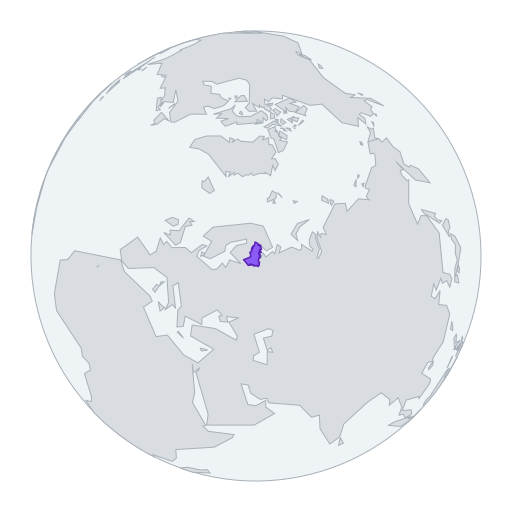 globe centered on Karelia, rotated 28°
{"feature_id": "RUS-2353", "entity_name": "Karelia", "entity_type": "Republic", "adm_level": 1, "iso_a3": "RUS", "parent_name": "Russia", "parent_adm1": "", "projection": "orthographic", "projection_center": [34.102, 63.665], "detail": "fine", "context": "on_globe", "style": "filled", "palette": "violet", "viewbox_px": 512, "rotation_deg": 28, "n_neighbors": 0, "source": "natural_earth", "source_scale": "10m", "svg_char_len": 14914}
<svg xmlns="http://www.w3.org/2000/svg" viewBox="0 0 512 512"><g transform="rotate(28 256 256)"><circle cx="256" cy="256" r="225" fill="#eef3f6" stroke="#a8b0b8"/><path d="M119.8,76.6L122.8,74.4L157.0,56.4L132.9,67.4L142.4,61.7L153.8,56.1L151.9,57.4L165.6,52.9L176.8,49.0L193.0,48.1L201.7,56.0L195.3,56.6L198.1,58.7L206.3,58.3L210.9,57.6L231.6,66.8L258.3,70.5L267.7,67.2L264.9,71.7L283.3,62.9L298.4,63.5L280.8,65.7L278.5,68.1L288.4,69.8L288.2,72.7L292.9,75.3L291.8,78.8L281.6,80.1L280.6,82.5L287.7,83.5L291.1,87.9L280.8,86.0L285.6,93.5L269.3,97.9L242.8,91.0L233.0,97.6L203.8,101.7L205.8,104.8L196.0,108.8L194.6,113.8L189.6,113.5L192.9,117.9L197.7,117.3L200.8,119.1L200.4,122.2L193.9,122.1L193.2,120.6L191.1,122.2L188.0,120.9L189.3,123.3L181.5,123.0L188.6,127.8L181.9,131.5L176.9,130.1L178.3,124.3L170.1,107.8L165.4,105.1L157.5,107.0L140.7,122.7L135.2,122.5L127.1,126.6L129.7,129.3L136.9,127.1L139.7,133.4L148.3,130.3L150.7,132.5L159.1,132.0L156.8,138.6L150.1,145.4L143.0,146.3L139.8,149.4L145.8,154.1L131.8,161.3L121.3,176.2L117.8,177.6L112.3,169.9L114.3,155.6L107.2,146.9L110.8,159.3L101.9,163.0L100.0,166.6L99.9,170.5L102.9,171.8L99.6,174.6L94.9,163.1L97.8,160.3L99.3,163.9L100.1,157.4L96.9,150.2L92.7,152.9L92.3,140.1L89.2,142.0L87.5,140.5L92.3,138.2L83.6,142.2L82.4,129.9L70.5,137.7L83.3,124.5L88.6,117.0L93.9,108.9L92.0,110.0L101.7,98.6L106.1,91.3L101.2,93.0L92.7,100.9L82.5,112.7L82.4,113.7L76.7,122.1L74.3,122.8L63.3,139.7L61.7,142.0L71.2,127.2L81.8,113.1L93.5,100.0L106.2,87.8L119.8,76.6ZM47.5,170.7L47.0,172.3L44.4,180.6L41.9,186.0L42.4,187.0L39.6,195.4L35.9,216.7L35.5,216.3L32.0,241.2L32.0,264.8L32.0,273.8L31.6,273.9L32.5,282.0L32.6,283.9L39.6,316.3L46.2,336.4L48.0,342.3L47.6,341.5L42.0,326.5L37.6,311.2L34.2,295.7L32.0,279.9L30.9,264.1L30.9,248.1L32.0,232.3L34.2,216.5L37.6,200.9L42.0,185.7L47.5,170.7ZM67.8,139.1L55.4,162.0L59.3,151.4L59.1,152.8L62.9,146.4L69.0,136.1L73.3,127.7L67.8,139.1ZM69.1,143.9L71.0,140.3L69.6,143.5L69.1,143.9ZM213.1,56.8L206.4,58.0L199.2,57.5L204.7,56.1L213.1,56.8ZM226.9,59.1L223.7,60.3L220.9,57.3L223.6,57.5L226.9,59.1ZM274.5,64.4L269.1,64.1L274.4,63.4L274.5,64.4ZM293.8,75.0L295.4,74.3L297.1,76.0L293.8,75.0ZM159.8,128.5L159.4,130.2L158.0,129.4L159.8,128.5ZM163.8,126.7L162.4,124.6L164.1,123.4L164.9,124.8L163.8,126.7ZM297.0,82.9L299.4,86.1L295.2,83.1L297.0,82.9ZM165.0,129.7L167.3,121.7L170.3,119.8L175.8,123.4L165.0,129.7ZM299.6,88.0L305.4,95.9L309.4,94.7L301.3,102.7L299.1,93.2L293.3,89.6L298.0,90.1L299.6,88.0ZM199.4,115.8L194.2,116.6L198.9,113.2L199.4,115.8ZM201.7,113.2L211.6,100.7L219.1,101.3L214.2,105.3L224.2,104.0L223.0,110.4L217.2,112.6L212.6,110.9L215.7,114.7L201.7,113.2ZM295.9,106.0L295.8,108.2L294.0,106.2L295.9,106.0ZM202.4,119.6L203.7,116.9L210.3,117.2L208.8,122.6L207.1,120.8L202.4,119.6ZM227.4,100.7L232.1,102.0L232.3,107.5L234.2,108.8L223.6,110.7L227.4,100.7ZM205.5,122.3L207.9,125.4L204.4,128.1L201.5,122.3L205.5,122.3ZM212.6,115.1L215.7,115.5L213.5,117.0L212.6,115.1ZM193.6,139.8L195.1,136.4L198.6,136.2L193.6,139.8ZM209.0,126.4L210.2,125.5L211.7,125.1L212.6,127.7L209.0,126.4ZM224.5,114.5L223.7,116.6L228.9,114.0L229.3,118.2L222.1,118.7L225.4,120.2L225.5,121.5L219.5,120.6L224.5,114.5ZM218.1,129.2L209.2,131.7L205.7,137.9L202.4,138.2L208.6,128.1L218.1,129.2ZM219.5,124.2L217.9,127.3L214.6,126.0L213.7,123.0L219.5,124.2ZM232.1,120.9L233.3,114.3L234.8,114.4L232.1,120.9ZM217.8,131.3L219.9,130.7L217.9,131.9L217.8,131.3ZM228.4,124.3L228.6,121.9L230.4,122.1L228.4,124.3ZM224.1,131.5L221.2,132.2L220.4,130.2L224.1,131.5ZM226.6,128.4L228.9,129.3L221.9,129.0L226.4,127.3L226.6,128.4ZM230.0,124.9L231.1,124.2L229.7,125.8L230.0,124.9ZM228.5,139.0L219.9,139.2L218.3,134.6L226.9,135.0L228.5,139.0ZM187.3,470.6L173.5,463.4L179.0,461.8L176.7,457.4L159.7,440.4L163.4,434.4L159.0,429.1L149.8,426.0L144.8,419.3L139.3,416.4L105.5,397.8L95.6,383.8L85.0,351.5L91.4,347.6L93.4,336.5L138.4,323.0L147.0,331.5L181.5,341.3L185.6,344.6L180.6,354.0L205.6,374.1L214.8,367.4L238.5,377.3L254.9,377.7L262.5,358.2L235.7,357.3L232.0,346.9L254.3,339.1L277.9,339.6L277.2,335.6L263.1,327.0L269.4,319.1L258.3,323.3L262.2,327.6L255.4,330.5L251.4,326.8L253.8,324.0L246.9,321.9L237.4,336.1L240.3,342.0L221.8,342.4L224.8,352.3L219.5,355.8L212.4,340.5L213.7,335.3L199.8,316.0L196.7,321.4L209.6,340.1L205.2,337.9L201.1,345.8L200.7,338.1L187.4,316.7L171.2,314.2L149.2,326.9L140.0,323.5L133.1,314.2L142.6,294.9L162.0,304.8L165.6,298.5L163.0,285.0L169.1,289.3L170.4,285.1L177.8,288.1L189.6,281.7L197.3,283.5L203.2,271.0L208.0,270.3L203.1,277.8L203.9,284.2L223.3,288.5L227.4,286.3L229.7,278.0L234.7,280.4L234.5,271.8L246.2,269.9L231.6,265.1L233.9,255.7L241.7,249.3L239.8,245.5L227.1,255.9L224.4,260.9L226.3,266.5L216.7,280.0L209.8,280.8L209.9,263.8L200.1,263.2L204.5,250.7L236.0,229.5L248.5,226.2L266.5,240.5L262.8,246.6L254.6,244.3L261.0,255.2L261.1,250.1L265.3,252.2L268.5,244.2L271.6,245.3L269.4,235.8L273.6,236.3L274.9,242.4L283.3,231.4L292.3,230.4L292.7,227.4L290.6,224.4L303.5,225.4L303.2,223.2L298.9,222.0L295.4,216.8L294.5,208.2L299.0,209.0L300.0,212.2L308.8,220.4L310.7,229.1L312.4,228.6L311.9,221.2L301.1,211.2L299.2,205.8L304.9,209.7L302.7,207.8L303.2,205.4L307.9,203.9L301.9,199.3L301.2,172.9L310.2,167.6L315.4,173.8L319.7,157.3L329.6,153.3L325.5,152.1L324.8,143.8L321.7,144.9L319.7,143.7L316.6,123.7L319.3,119.9L313.4,110.6L311.3,110.1L308.9,112.3L301.3,102.7L309.4,94.7L313.7,96.3L315.9,90.5L325.4,95.1L334.2,96.4L343.3,105.2L349.5,105.7L349.7,103.4L358.2,102.7L375.3,109.7L360.9,114.1L335.1,107.0L345.6,110.6L343.1,112.9L346.7,116.2L354.1,118.6L355.1,117.0L366.2,138.0L383.7,152.1L382.8,142.8L387.7,140.3L406.9,149.7L428.9,182.8L435.6,181.1L439.7,184.2L441.7,192.6L436.0,188.2L433.3,192.6L429.7,189.0L431.1,201.6L426.0,197.1L429.6,209.3L434.1,209.7L434.8,200.1L440.1,213.1L447.5,210.1L454.3,216.2L461.6,243.9L460.1,262.8L461.3,266.0L457.6,269.4L457.4,281.6L467.9,282.8L469.2,286.6L466.7,305.9L465.8,303.6L456.2,312.7L457.7,323.8L465.1,318.9L467.8,322.4L463.6,329.0L460.5,326.4L457.0,329.4L455.6,320.9L448.1,314.4L443.7,325.2L441.7,320.0L430.8,317.9L423.1,332.8L412.4,363.0L414.8,376.6L409.4,387.3L393.6,378.4L386.7,366.7L380.8,372.3L364.6,367.3L336.3,379.6L332.4,376.5L327.0,380.6L315.6,379.6L309.7,373.6L302.8,375.9L318.5,391.0L326.0,388.4L332.4,378.9L335.4,384.7L346.4,386.4L333.7,406.2L291.8,428.5L288.1,418.3L257.8,387.2L258.9,383.0L258.8,382.5L258.5,381.6L255.4,388.5L250.3,381.3L266.1,405.5L268.6,415.1L291.2,429.2L289.0,431.1L296.4,433.1L320.5,424.0L320.5,427.4L309.0,444.3L276.0,464.6L280.6,471.8L278.6,476.6L258.5,479.8L260.9,481.1L250.6,481.2L234.5,480.2L218.5,478.1L202.8,474.9L187.3,470.6ZM122.0,337.6L120.5,340.9L122.0,337.6ZM302.5,349.5L316.8,346.9L310.9,335.1L316.0,333.2L312.1,330.0L310.4,334.3L301.1,325.0L307.5,319.4L306.0,313.7L301.1,314.3L290.9,326.1L304.2,339.3L300.7,345.5L302.5,349.5ZM35.8,217.4L35.1,221.0L35.4,217.5L35.8,217.4ZM58.3,151.6L56.4,155.8L54.9,158.6L56.1,155.7L58.3,151.6ZM46.5,187.1L45.1,192.5L45.8,187.6L46.5,187.1ZM53.8,165.5L47.5,183.0L49.1,174.3L53.3,163.6L51.3,169.9L53.8,165.5ZM66.7,144.1L65.2,147.0L64.6,146.9L66.7,144.1ZM68.1,146.3L68.4,145.3L69.8,143.5L68.1,146.3ZM102.2,163.7L102.5,164.7L101.6,168.8L100.6,167.1L102.2,163.7ZM106.9,186.1L101.6,190.2L104.6,185.9L102.0,184.2L105.2,173.5L116.2,177.7L110.6,177.6L106.9,186.1ZM112.6,160.8L109.3,166.8L112.5,160.1L112.6,160.8ZM170.4,260.2L172.4,264.6L168.9,268.6L159.1,267.1L164.1,261.2L170.4,260.2ZM176.2,269.9L179.1,253.9L185.3,254.5L181.3,256.8L185.1,258.8L179.7,263.1L182.9,279.6L180.0,284.3L163.5,278.5L170.5,277.7L168.0,273.4L176.2,269.9ZM175.4,214.8L176.7,208.6L188.5,217.7L185.9,222.5L176.0,221.1L173.2,214.7L175.4,214.8ZM174.5,138.1L174.2,135.7L176.0,135.6L177.7,137.6L174.5,138.1ZM194.0,138.2L177.4,148.8L176.3,146.5L168.0,155.9L161.7,153.5L167.3,147.5L156.3,152.9L158.9,146.5L151.7,150.9L164.9,137.6L166.7,132.3L167.0,139.1L172.7,141.3L175.7,140.7L185.7,135.2L192.5,125.2L199.2,126.1L202.2,129.4L201.5,131.9L197.4,130.5L199.5,134.9L193.0,134.8L194.0,138.2ZM232.7,171.5L228.1,168.1L231.3,178.3L224.8,177.7L225.6,178.9L220.5,181.2L215.7,186.3L212.9,185.0L212.2,187.5L208.9,189.2L207.0,192.3L201.3,191.3L198.6,195.0L197.5,192.4L194.3,199.2L194.1,193.8L189.7,195.6L192.2,199.9L166.1,188.3L155.3,188.2L146.4,191.2L147.3,181.8L156.2,173.1L168.7,166.5L179.0,168.2L177.5,163.8L182.0,163.4L181.3,167.0L185.1,161.2L188.6,161.9L199.7,156.9L203.0,148.4L207.2,146.5L207.6,150.2L211.5,145.7L215.1,151.4L218.2,150.3L224.9,154.9L224.0,162.9L227.5,161.0L232.7,164.6L232.7,171.5ZM230.2,140.5L230.6,149.8L227.3,154.2L217.0,144.4L213.8,144.7L207.1,138.8L212.1,132.7L213.5,134.9L216.1,135.6L213.5,137.2L217.5,136.5L219.6,139.6L223.3,139.9L222.4,142.8L230.2,140.5ZM191.0,342.0L194.3,343.5L199.6,344.5L197.1,349.6L191.0,342.0ZM181.6,327.6L184.7,327.9L183.8,335.4L180.3,333.9L181.6,327.6ZM187.1,321.9L184.9,327.4L184.1,323.6L187.1,321.9ZM206.1,277.7L209.5,277.6L209.5,279.7L207.3,282.2L206.1,277.7ZM241.0,202.8L238.9,199.8L240.1,198.8L239.8,190.9L244.5,190.9L246.6,195.7L241.0,202.8ZM257.5,361.7L252.4,365.5L250.1,363.6L252.3,362.7L257.5,361.7ZM223.0,358.9L230.5,362.5L222.2,360.3L223.0,358.9ZM246.1,201.4L245.5,198.2L248.3,200.2L246.1,201.4ZM248.0,190.5L251.5,192.2L245.1,190.0L248.0,190.5ZM317.3,469.2L301.9,476.5L291.2,478.5L289.2,478.3L294.8,474.6L307.3,471.1L313.4,467.5L317.3,469.2ZM470.7,324.3L467.8,332.3L469.1,328.5L473.8,313.5L473.8,313.4L470.7,324.3ZM468.8,329.2L463.6,338.7L452.5,343.3L456.6,336.9L467.3,325.7L466.8,328.5L470.0,323.6L468.8,329.2ZM478.5,291.4L475.9,304.1L474.4,309.5L473.4,308.0L474.0,302.8L475.5,297.9L478.0,268.3L479.5,263.8L479.3,274.2L480.4,272.4L479.3,285.1L478.6,290.6L478.5,291.4ZM415.8,377.0L421.1,380.2L417.8,384.5L415.8,377.0ZM476.8,253.0L477.3,265.5L476.2,252.1L476.8,253.0ZM474.8,242.8L475.9,244.6L474.6,245.7L474.8,242.8ZM463.3,269.5L461.9,275.3L460.8,273.7L461.9,265.4L463.3,269.5ZM459.5,221.6L463.4,226.8L464.6,229.6L462.0,229.0L459.5,221.6ZM286.0,198.7L281.1,209.5L280.8,217.7L285.6,222.8L276.7,220.4L277.3,207.8L286.0,198.7ZM298.8,175.9L294.6,171.8L297.8,170.7L299.2,171.5L298.8,175.9ZM295.4,175.4L287.7,175.9L286.2,171.7L292.5,172.2L295.4,175.4ZM266.9,188.5L265.1,191.6L262.9,189.8L266.9,188.5ZM480.1,279.0L480.7,270.8L480.9,265.0L481.2,249.5L480.8,269.4L480.9,269.6L481.1,265.7L480.1,279.0ZM480.7,239.9L480.6,238.7L480.7,239.9ZM480.2,241.7L479.2,244.1L479.3,251.1L478.0,234.5L479.3,235.0L480.2,241.7ZM477.7,238.6L478.0,245.1L477.0,236.6L477.7,238.6ZM477.4,245.2L476.3,243.1L476.7,239.3L477.4,245.2ZM477.7,236.0L475.9,230.4L477.0,231.0L477.7,236.0ZM473.3,238.8L475.9,234.4L474.3,243.9L469.3,235.6L469.6,230.5L473.3,238.8ZM443.3,175.7L440.4,174.4L439.3,169.3L441.6,171.6L443.3,175.7ZM433.0,152.6L438.1,167.6L441.7,180.2L442.8,178.1L447.8,184.6L443.5,185.5L437.5,173.7L435.6,165.0L430.9,160.3L426.7,152.3L420.7,149.3L417.4,145.0L422.3,145.1L433.0,152.6ZM418.1,148.4L406.1,141.3L406.1,133.9L408.7,133.8L414.2,140.1L413.9,143.6L418.1,148.4ZM403.2,137.5L402.8,140.9L384.3,139.4L380.4,137.3L394.5,134.1L394.8,137.2L399.4,139.0L403.2,137.5ZM298.2,108.1L296.0,108.2L297.5,106.7L298.2,108.1ZM318.0,144.5L315.6,142.7L317.3,140.9L318.0,144.5ZM309.7,136.7L309.4,140.0L307.8,136.1L309.7,136.7ZM309.2,147.7L308.4,141.2L311.9,147.9L309.2,147.7Z" fill="#d9dde1" stroke="#a8b0b8" stroke-width="1"/><path d="M248.9,245.1L248.8,244.6L248.7,244.3L248.7,244.2L251.3,244.0L252.0,244.2L252.1,244.5L252.4,244.8L252.4,245.2L252.5,245.3L253.2,245.4L253.3,245.0L253.6,244.9L253.6,244.5L254.1,244.5L254.3,244.5L254.5,244.6L254.4,244.6L254.2,244.7L254.3,244.8L254.6,244.7L254.7,244.8L254.8,244.9L255.1,245.0L255.2,244.8L255.3,245.0L255.2,245.0L255.4,245.1L255.2,245.2L255.3,245.3L255.3,245.5L255.0,245.4L254.9,245.5L255.0,245.6L255.3,245.6L255.2,245.6L255.6,245.8L255.8,245.8L256.0,245.9L256.1,246.0L256.4,246.2L256.6,246.4L256.7,246.5L256.7,246.4L256.7,246.5L256.8,246.6L257.0,246.9L256.9,247.0L257.0,247.1L257.2,247.3L257.2,247.5L257.3,247.5L257.2,247.7L257.3,247.8L257.3,248.0L256.9,247.6L256.9,247.9L257.1,247.9L257.0,248.0L257.1,248.4L257.0,248.5L256.9,248.8L256.9,249.0L256.7,248.9L256.7,249.0L256.4,249.1L256.5,249.2L256.4,249.2L256.6,249.3L256.6,249.5L256.8,249.7L256.9,249.8L257.0,250.0L256.9,250.1L257.0,250.3L257.1,250.5L257.0,250.8L257.2,251.1L257.3,251.1L257.4,251.3L257.3,251.5L257.1,251.6L257.5,251.6L257.5,251.8L257.3,251.9L257.2,251.9L257.4,252.1L257.5,252.2L257.5,252.3L257.3,252.5L257.1,252.5L257.3,252.6L257.5,252.7L257.5,252.8L257.4,252.9L257.5,253.0L257.8,253.2L258.0,253.2L258.0,253.3L258.1,253.5L258.4,253.4L258.5,253.4L258.5,253.1L258.9,253.3L259.0,253.4L259.1,253.5L259.2,253.9L259.3,253.9L259.5,253.9L259.6,254.1L259.6,254.3L259.8,254.4L259.7,254.5L259.8,254.6L260.0,254.6L260.2,254.8L260.2,255.1L260.2,255.3L260.3,255.5L260.2,255.8L260.0,256.0L259.2,256.1L259.1,256.3L259.4,256.7L259.7,256.9L259.8,257.2L259.8,257.4L259.8,257.6L260.1,257.7L260.1,257.8L259.9,257.9L259.9,258.1L259.9,258.3L259.9,258.6L260.2,259.0L260.3,259.2L260.8,259.6L261.4,259.9L261.6,259.8L261.7,259.7L261.9,259.7L262.0,259.8L262.2,260.0L262.3,260.4L262.3,260.6L262.3,260.8L262.3,261.0L262.2,261.2L262.1,261.3L262.1,261.5L262.6,261.6L262.7,261.8L262.8,262.0L262.8,262.4L263.1,262.5L263.1,262.9L263.0,263.3L263.0,263.5L262.9,263.7L262.9,264.2L262.0,264.4L261.9,264.2L261.4,264.0L261.1,264.2L260.7,264.2L260.6,264.3L260.4,264.8L258.8,265.7L258.5,265.8L258.4,265.8L258.3,265.7L258.4,265.4L258.2,265.5L257.4,265.4L257.2,265.2L257.0,265.4L256.8,265.4L256.7,265.6L256.7,265.8L256.4,265.7L256.2,265.5L254.9,265.6L254.8,265.8L254.7,265.9L254.8,266.0L255.0,266.2L255.3,266.0L255.5,266.1L255.4,266.5L255.0,266.6L254.8,266.5L254.7,266.5L254.3,266.9L254.2,267.1L254.3,267.2L254.1,267.3L254.1,267.5L253.7,267.5L253.5,267.8L253.3,267.8L248.0,265.5L247.4,265.5L247.3,265.2L247.1,265.1L246.9,264.9L247.0,264.8L247.3,264.5L247.4,264.3L247.6,264.2L247.9,263.9L248.1,263.6L248.3,263.4L249.1,262.4L249.3,262.1L249.6,261.8L249.7,261.6L250.2,261.2L250.3,261.0L250.6,260.7L250.8,260.5L250.9,260.2L251.1,259.9L251.2,259.5L251.2,259.3L251.5,258.9L251.4,258.8L251.4,258.6L251.2,258.3L251.0,258.1L250.9,258.0L250.9,257.7L250.5,257.3L250.2,257.0L249.6,256.6L249.5,256.3L249.3,256.1L248.9,255.6L249.0,255.4L249.4,255.1L249.5,254.9L249.9,254.4L250.0,254.2L249.9,253.9L249.9,253.7L249.6,253.3L249.6,253.2L249.3,253.1L249.2,253.0L249.1,252.9L249.2,252.6L249.1,252.4L249.0,252.2L249.3,252.1L249.4,251.9L249.3,251.6L249.2,251.4L248.9,251.4L248.6,251.1L248.6,250.9L248.5,250.5L248.5,250.4L248.6,250.2L248.9,250.1L249.0,250.1L248.9,250.0L248.9,249.9L249.0,249.9L249.0,249.7L248.9,249.7L248.6,249.6L248.6,249.4L248.8,249.2L248.8,248.7L249.1,248.3L249.0,248.2L248.9,248.1L249.0,248.0L249.4,247.9L249.5,248.0L249.5,247.9L249.5,247.3L249.4,246.7L249.3,246.2L249.2,245.9L249.0,245.4L248.9,245.1ZM258.9,250.5L258.7,250.9L258.7,250.6L258.4,250.5L258.3,250.4L258.3,250.2L258.6,250.1L258.8,250.1L258.9,250.4L258.9,250.5L258.9,250.4L258.9,250.5ZM259.2,250.1L259.6,250.1L259.2,250.2L259.2,250.1ZM259.1,253.0L259.3,253.2L259.3,253.3L259.2,253.3L259.1,253.2L259.1,253.0Z" fill="#8b5cf6" stroke="#5b21b6" stroke-width="1.5"/></g></svg>